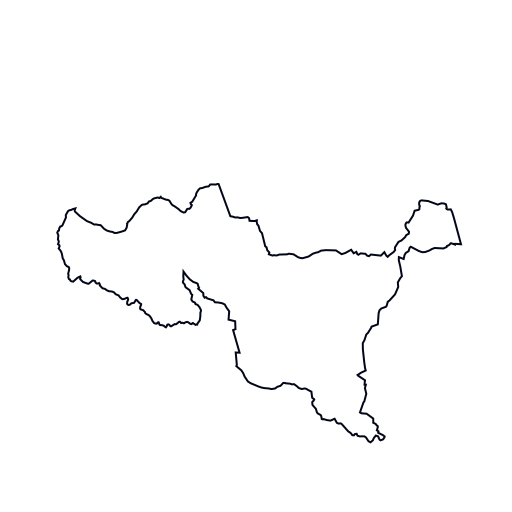 outline of Tepemaxalco, Puebla, Mexico, rotated 294°
{"feature_id": "50627088B24654938868553", "entity_name": "Tepemaxalco", "entity_type": "district", "adm_level": 2, "iso_a3": "MEX", "parent_name": "Mexico", "parent_adm1": "Puebla", "projection": "mercator", "projection_center": [-98.635, 18.743], "detail": "fine", "context": "isolated", "style": "outline", "palette": "ink", "viewbox_px": 512, "rotation_deg": 294, "n_neighbors": 0, "source": "geoboundaries", "source_scale": "gbopen_adm2", "svg_char_len": 6119}
<svg xmlns="http://www.w3.org/2000/svg" viewBox="0 0 512 512"><g transform="rotate(294 256 256)"><path d="M133.8,382.4L134.0,383.7L134.5,384.0L134.9,387.3L135.9,391.0L139.3,394.0L136.5,397.7L136.5,399.7L137.4,401.1L137.5,402.3L133.3,411.6L132.9,414.1L132.3,415.5L131.5,416.8L132.0,418.4L133.5,418.7L134.5,420.2L133.1,421.9L133.4,424.1L135.3,428.3L135.0,430.2L132.5,434.2L132.4,436.4L135.1,437.7L137.7,437.7L140.7,438.5L140.9,440.9L138.5,443.5L138.3,444.8L140.2,446.7L142.6,447.1L143.5,446.9L144.0,444.6L144.2,439.5L145.7,439.1L145.9,437.3L149.1,436.9L150.1,436.4L150.4,435.1L151.3,433.5L151.3,431.0L155.2,429.2L156.9,421.2L155.2,416.3L155.4,414.6L166.2,413.7L167.1,414.1L175.0,412.8L179.7,409.2L183.1,408.7L182.6,407.5L186.8,406.1L188.2,398.0L188.6,397.2L192.2,399.5L196.0,402.8L198.0,401.2L203.3,397.9L214.2,391.6L219.8,389.0L223.2,389.3L229.3,388.7L231.1,389.5L237.0,390.4L238.5,390.3L243.1,395.1L253.6,391.3L256.5,390.9L259.0,391.8L262.5,395.4L263.9,395.6L267.7,395.0L269.8,396.1L277.4,398.6L282.0,398.6L285.6,398.5L289.6,396.3L294.4,396.8L296.9,397.5L304.9,392.2L310.3,388.1L313.1,387.0L313.3,392.1L317.4,391.3L319.8,391.6L322.4,393.4L326.1,393.0L327.4,393.6L326.8,402.9L327.1,406.3L328.4,408.9L331.6,412.2L334.0,413.9L336.0,416.0L339.1,424.1L341.7,426.5L342.9,426.4L343.8,427.4L344.9,428.1L346.6,428.6L347.0,428.9L347.3,432.6L347.7,432.2L348.3,433.4L350.1,438.5L370.8,421.7L375.8,417.4L377.8,415.0L376.4,412.2L376.5,411.0L376.8,410.5L377.8,410.5L380.5,408.5L380.5,406.8L379.6,404.0L376.9,401.1L376.2,390.8L374.1,384.5L373.0,383.5L371.3,383.3L369.2,384.2L368.2,385.4L367.3,385.4L365.1,386.2L364.2,385.6L361.9,382.5L356.8,383.0L348.6,381.8L348.0,380.0L346.7,379.6L344.9,379.9L342.8,381.5L340.4,385.9L338.6,386.5L336.0,384.7L334.0,384.6L329.4,382.6L326.8,380.4L320.8,379.5L319.5,379.7L318.1,380.7L315.6,380.1L310.7,377.3L308.8,376.6L309.4,374.8L311.7,371.7L307.1,369.9L304.1,360.4L301.8,359.3L301.5,357.4L302.5,355.1L301.0,350.6L298.8,349.0L298.9,347.8L300.6,346.0L298.2,344.1L300.4,340.4L295.1,336.4L292.5,333.5L293.6,326.7L289.8,317.5L287.4,313.3L284.7,311.2L283.3,309.2L281.1,306.9L277.7,304.8L276.4,303.7L272.9,299.4L272.3,297.6L272.0,295.1L272.8,289.6L271.5,285.2L270.1,283.6L266.8,276.7L265.2,275.1L264.4,273.4L264.0,271.9L263.1,270.9L262.8,267.0L264.7,266.7L265.8,264.0L268.3,262.0L268.6,260.5L279.3,252.2L280.5,249.5L284.8,245.8L285.4,244.3L287.4,242.8L288.9,242.2L287.4,240.6L285.5,235.8L287.7,234.3L288.2,232.6L284.8,227.2L284.2,225.8L283.8,223.5L282.7,221.2L282.5,218.7L281.9,216.4L306.5,192.6L306.1,191.5L305.0,190.3L302.8,185.2L300.3,184.4L298.8,181.9L296.2,179.2L295.1,177.4L293.4,176.6L289.9,176.0L288.0,176.1L287.0,176.6L279.7,175.7L277.9,174.5L277.0,175.2L276.4,176.7L273.7,176.6L272.0,176.0L271.6,174.9L270.9,174.0L267.2,173.5L266.3,172.3L266.3,169.9L266.7,167.8L267.3,166.4L268.3,161.4L268.5,158.9L269.4,157.1L271.3,154.4L271.4,152.6L270.9,151.2L270.6,145.8L271.3,144.9L269.7,144.2L269.4,142.3L267.2,139.5L266.1,138.6L263.7,137.6L262.2,136.0L259.9,135.5L257.9,133.4L256.8,131.5L256.0,130.8L252.9,129.5L248.1,128.9L244.6,127.8L240.6,127.3L236.3,126.0L235.0,125.2L233.3,125.1L233.3,125.3L229.3,126.3L226.2,126.0L223.7,123.4L220.5,119.5L219.4,117.1L219.7,115.4L219.0,112.8L218.6,109.6L219.0,106.3L220.9,101.8L220.9,101.0L220.5,100.4L219.8,97.1L218.9,95.3L219.3,92.0L219.1,87.5L220.8,78.9L223.0,72.5L224.0,71.7L226.0,71.6L224.3,69.5L222.8,68.3L221.9,66.9L220.4,66.0L216.0,65.6L213.9,66.7L205.5,66.7L204.2,66.3L203.4,65.2L201.3,65.0L199.1,65.6L198.1,64.9L196.4,65.0L194.6,67.0L190.6,68.3L189.3,69.8L188.1,70.2L186.3,70.3L185.8,72.0L185.1,72.6L182.6,72.7L181.8,74.5L180.5,76.4L179.0,77.8L175.1,80.5L174.0,82.2L170.9,84.8L169.7,87.5L169.8,89.3L168.9,90.3L167.0,91.0L163.4,91.6L162.4,92.5L160.1,93.2L158.8,94.6L158.9,95.5L158.0,96.5L157.8,97.5L158.2,99.4L163.1,101.6L164.3,102.4L165.9,103.8L165.2,104.4L163.6,104.6L163.3,104.9L161.9,108.5L162.3,114.0L162.8,114.5L167.1,116.7L167.4,117.3L167.6,118.4L167.6,119.3L166.4,120.3L166.1,121.8L166.8,123.2L167.4,123.6L166.7,124.8L165.6,125.3L164.1,128.9L164.5,131.4L164.0,133.7L164.0,135.9L165.0,139.0L165.0,141.2L164.0,143.3L164.1,146.5L162.9,148.7L162.2,151.3L162.7,152.4L163.9,153.9L164.8,154.5L165.6,155.6L164.7,156.7L163.9,157.0L161.7,157.0L159.9,157.7L159.4,158.5L159.5,159.7L160.2,160.6L162.0,161.3L163.7,163.7L167.0,164.1L167.3,164.8L165.7,168.6L165.4,170.6L164.7,170.9L162.6,170.9L161.0,171.4L160.3,172.2L160.6,174.9L159.7,177.2L158.9,177.9L158.4,179.3L158.4,181.8L157.9,183.4L156.5,185.7L154.5,187.9L153.3,190.2L153.3,191.4L153.9,192.9L155.3,193.3L155.7,193.6L155.8,194.1L154.1,195.7L153.9,196.5L154.6,198.3L154.8,200.3L154.4,201.2L154.2,202.7L155.4,203.0L157.2,202.9L157.9,203.8L157.9,204.6L157.1,206.3L157.2,207.0L160.7,209.4L161.0,210.5L161.4,210.9L164.6,212.5L164.9,212.9L165.0,213.5L164.3,214.8L165.1,216.0L165.2,217.5L166.8,218.6L167.8,219.9L167.9,221.3L167.4,222.9L167.4,224.4L167.6,224.9L168.9,225.3L169.1,225.7L168.5,228.8L169.0,229.2L169.4,230.2L170.3,230.0L174.3,230.8L178.2,229.7L181.7,228.2L182.8,228.2L184.2,227.7L186.2,225.3L187.5,222.7L187.6,221.5L187.4,220.6L187.7,219.9L188.3,219.6L188.7,218.8L188.6,216.8L189.3,215.4L190.2,214.5L194.6,213.6L194.9,212.3L197.8,209.2L198.6,205.2L199.1,204.0L201.0,202.4L202.0,200.1L202.9,199.6L205.1,199.5L207.3,198.1L212.3,196.1L209.7,200.6L207.7,205.1L206.8,209.3L207.1,212.9L206.8,214.1L205.0,215.5L203.8,216.9L202.6,216.5L200.7,222.9L198.3,224.1L197.0,226.0L198.1,227.1L197.4,228.7L198.2,235.2L197.0,237.3L198.1,240.2L199.1,244.3L199.0,247.2L196.7,250.3L194.6,254.0L186.7,256.8L187.9,263.5L180.8,267.0L179.0,265.2L161.0,280.3L159.6,276.7L148.7,282.8L147.4,282.8L145.6,289.1L143.8,291.9L141.1,294.8L138.1,299.6L137.6,302.8L137.8,311.7L138.1,314.7L138.8,317.6L140.1,321.3L140.7,324.2L142.7,327.3L145.2,328.7L147.4,331.2L151.1,332.5L151.8,334.0L151.8,334.9L153.2,339.1L153.4,341.2L154.4,342.9L153.7,346.2L152.8,348.9L153.1,351.9L154.8,354.4L155.1,356.1L154.8,358.0L154.6,361.8L149.6,364.8L149.2,365.3L148.9,367.1L148.7,367.5L147.2,367.5L146.3,367.0L145.3,366.8L142.9,368.2L140.7,372.9L137.9,375.3L137.3,376.5L137.0,379.8L136.3,380.7L133.8,382.4Z" fill="none" stroke="#020617" stroke-width="2"/></g></svg>